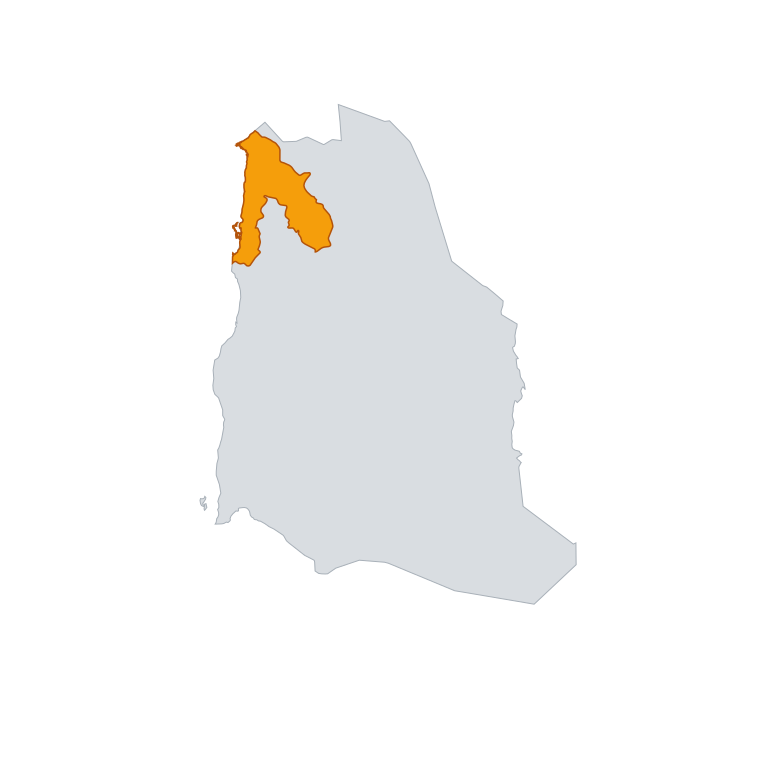 where Tabuk sits in Saudi Arabia, rotated 37°
{"feature_id": "SAU-848", "entity_name": "Tabuk", "entity_type": "Region", "adm_level": 1, "iso_a3": "SAU", "parent_name": "Saudi Arabia", "parent_adm1": "", "projection": "orthographic", "projection_center": [36.673, 26.762], "detail": "fine", "context": "in_parent", "style": "filled", "palette": "amber", "viewbox_px": 768, "rotation_deg": 37, "n_neighbors": 0, "source": "natural_earth", "source_scale": "10m", "svg_char_len": 9746}
<svg xmlns="http://www.w3.org/2000/svg" viewBox="0 0 768 768"><g transform="rotate(37 384 384)"><path d="M564.8,506.6L495.4,524.5L491.7,526.0L470.3,539.6L456.3,560.1L453.2,569.5L451.5,571.0L448.5,573.1L445.8,574.6L441.5,574.8L436.0,568.2L434.6,566.9L433.4,566.9L423.9,568.6L403.8,568.2L400.4,567.9L395.9,565.9L394.7,565.5L393.6,565.5L383.2,566.1L378.0,567.1L373.0,567.2L367.9,567.9L366.1,568.9L364.1,569.0L362.9,569.8L361.8,570.2L360.4,569.6L358.8,569.9L356.4,569.4L354.8,568.0L353.3,566.7L351.8,566.1L350.1,565.7L348.6,565.8L346.8,566.7L345.7,567.6L342.9,570.3L342.8,571.3L344.1,572.8L343.8,573.5L342.1,574.6L341.7,577.1L341.4,578.4L341.3,581.7L342.1,584.2L343.2,585.1L343.3,586.2L342.8,588.5L341.2,589.2L340.2,591.4L339.5,592.4L338.3,593.6L333.5,597.5L333.2,595.4L331.5,592.3L331.4,590.0L330.6,587.8L329.2,586.1L326.7,584.4L326.4,582.0L324.5,579.6L322.0,577.8L320.6,574.2L319.4,569.4L313.0,563.3L304.9,557.8L302.5,554.6L298.4,548.0L296.3,542.8L290.9,536.8L290.6,534.5L289.7,531.6L288.4,528.5L287.6,526.0L282.1,515.0L280.4,513.3L278.9,510.9L278.5,509.0L278.0,508.0L274.2,506.3L270.7,501.7L260.2,494.6L255.1,494.0L251.1,491.4L248.1,488.0L244.8,482.1L239.2,475.8L234.4,466.7L235.8,463.3L235.7,460.9L234.2,457.0L232.6,454.0L231.5,451.1L232.3,446.9L232.5,442.3L233.4,439.8L234.0,437.1L233.1,431.6L231.5,428.8L231.6,426.8L229.9,425.9L228.4,423.8L229.9,423.8L227.2,420.9L226.2,419.3L225.1,415.3L223.8,412.3L219.6,405.4L217.6,401.2L213.1,395.8L208.3,391.9L205.2,390.1L203.8,388.4L201.3,388.4L198.6,386.0L196.7,386.0L194.3,385.6L191.5,381.0L189.2,376.7L185.2,371.2L186.2,369.7L187.3,367.3L186.7,364.2L186.1,362.1L184.4,358.3L178.7,348.7L177.2,347.3L174.8,345.7L173.3,341.5L172.6,337.8L168.8,336.0L162.2,322.5L158.4,317.8L156.9,314.6L152.5,309.4L150.4,304.2L146.0,299.4L142.2,291.1L136.4,282.8L134.0,281.3L127.9,280.7L125.4,280.0L123.0,281.8L122.8,279.5L124.5,276.4L126.9,269.7L127.5,263.9L131.4,246.6L156.8,251.3L158.1,251.0L167.9,243.0L173.3,233.8L174.5,232.8L191.5,229.2L192.0,228.8L195.3,220.5L195.7,220.0L196.2,219.5L203.5,215.3L191.5,201.5L179.3,188.3L225.8,174.1L226.6,173.8L230.0,170.5L250.6,173.6L258.6,174.9L261.1,176.0L299.3,196.9L318.5,212.0L363.9,245.0L364.6,245.2L403.6,246.0L407.7,244.8L418.5,245.3L429.2,246.0L431.7,249.9L432.7,252.8L433.7,255.5L436.0,257.9L444.9,257.0L454.2,256.0L455.8,258.5L456.6,261.0L459.6,266.8L463.6,271.2L464.6,272.9L465.4,275.4L464.9,276.4L464.8,277.6L467.6,279.9L472.1,281.7L473.9,282.1L475.9,282.9L474.5,284.5L477.4,287.7L480.7,291.0L483.9,291.4L488.8,296.3L495.5,299.1L499.9,303.2L499.6,303.4L498.4,303.0L496.9,302.6L496.5,303.2L496.8,305.1L497.4,307.3L499.6,309.0L501.5,310.2L502.5,312.7L501.6,318.6L501.2,318.6L500.2,318.2L499.1,318.2L498.6,318.6L500.2,322.5L501.7,325.6L503.4,327.9L505.0,331.4L506.2,332.8L510.7,336.2L512.4,339.3L514.2,345.2L517.1,348.2L518.8,350.6L520.9,352.6L522.5,355.4L524.5,357.5L525.4,358.0L526.8,358.1L528.6,357.9L530.5,357.1L532.6,356.3L534.5,357.2L536.2,356.8L536.5,357.9L535.5,359.5L534.4,363.4L536.5,363.8L538.6,363.8L540.0,364.2L540.8,364.1L540.9,364.9L541.4,368.4L542.0,369.7L568.7,398.0L631.3,397.9L631.6,397.8L632.9,395.4L646.2,412.7L636.4,469.5L564.8,506.6ZM312.0,589.2L314.0,589.3L313.2,588.4L313.0,588.0L313.8,586.7L316.8,589.2L316.8,592.2L316.6,592.9L315.8,592.3L315.2,591.7L315.1,591.0L314.2,590.3L311.4,590.9L309.7,590.1L307.1,587.7L306.4,585.9L307.4,585.5L308.5,584.5L309.1,583.1L308.5,581.6L310.0,581.8L310.8,583.3L311.1,586.8L311.3,587.5L310.9,588.3L312.0,589.2ZM178.2,355.7L177.6,355.8L175.8,353.9L174.8,352.5L173.8,351.6L169.0,349.8L168.4,348.6L169.1,347.4L169.6,348.6L170.5,349.3L174.4,350.9L178.8,354.6L179.6,354.9L178.2,355.7ZM170.7,346.7L170.4,347.1L169.4,346.1L169.4,344.0L170.3,342.8L170.3,344.4L170.7,346.1L170.7,346.7Z" fill="#d9dde1" stroke="#a8b0b8" stroke-width="1"/><path d="M190.3,378.8L186.4,373.4L186.5,372.2L186.4,371.7L186.2,371.6L185.9,372.0L185.6,372.0L185.2,371.7L184.4,370.3L186.2,370.4L186.8,370.2L187.1,369.8L187.1,368.4L187.7,367.2L187.6,366.6L186.9,364.8L187.1,363.2L187.1,362.5L186.7,361.4L185.9,360.4L185.2,359.7L184.9,359.2L184.2,358.6L183.3,357.4L183.0,356.8L182.8,355.7L182.2,354.7L182.6,354.4L182.2,353.8L181.1,352.7L180.5,351.2L179.9,350.6L179.9,350.1L179.1,348.5L177.7,347.8L176.1,345.5L175.6,345.4L175.6,345.7L175.8,346.3L175.5,346.5L173.9,345.6L173.3,344.9L173.1,344.4L173.1,343.7L172.6,343.5L172.3,342.8L172.3,342.2L172.5,341.5L173.4,340.4L173.5,339.6L173.1,338.2L172.6,337.6L171.8,337.2L170.1,336.9L169.2,336.6L168.6,335.8L167.1,332.1L165.4,329.7L163.6,325.2L161.7,321.7L160.5,320.2L158.5,318.1L158.1,316.9L157.4,315.6L156.9,313.9L156.5,314.0L155.5,312.8L154.0,311.4L152.0,308.8L151.3,307.4L151.2,306.9L151.6,306.1L150.9,304.9L148.9,302.4L147.4,301.3L146.2,299.5L145.5,298.8L144.3,296.3L144.1,294.3L142.6,292.3L142.0,290.6L141.5,289.9L140.8,289.6L140.5,289.3L140.2,288.4L140.1,287.6L139.8,287.2L138.6,285.8L138.0,284.8L136.5,283.7L136.5,283.9L136.3,283.9L136.0,283.5L137.3,282.7L137.6,282.9L137.3,282.3L136.3,282.0L136.0,282.2L135.6,281.7L134.8,281.6L133.4,280.4L133.1,280.6L132.6,280.6L132.8,281.0L132.1,280.6L130.6,281.2L130.3,281.5L130.2,281.5L130.2,281.3L128.7,281.3L128.4,281.7L128.2,281.5L128.2,281.3L128.4,281.3L128.3,280.9L128.9,280.6L128.2,280.5L127.9,280.6L128.1,280.9L127.6,281.2L127.4,281.7L127.1,281.5L127.7,280.9L127.7,280.6L127.1,280.6L126.9,281.1L126.5,281.1L126.6,280.7L126.2,280.9L126.0,280.6L125.7,280.7L125.1,279.8L124.7,280.1L124.4,279.9L124.2,280.5L123.6,280.9L123.6,281.0L124.1,281.4L124.1,281.6L123.7,281.8L123.5,281.6L123.2,282.7L122.7,282.7L122.9,282.5L122.6,282.0L122.6,280.9L122.4,280.7L121.8,281.0L121.9,280.7L122.1,279.9L123.1,279.2L122.9,279.0L123.1,278.7L123.4,278.6L123.3,278.8L123.7,279.0L123.9,278.9L123.9,278.6L123.7,278.1L124.1,277.9L124.0,277.4L124.3,276.2L124.6,276.4L124.6,276.0L124.4,276.1L124.8,275.5L125.3,274.6L125.7,273.6L126.0,272.4L126.5,271.7L126.8,270.4L127.5,269.2L127.3,266.7L127.0,265.4L127.5,263.7L128.2,262.1L128.4,261.3L128.5,260.9L128.4,260.5L128.6,259.4L132.3,259.3L134.3,259.8L137.7,260.2L138.7,259.8L139.5,259.1L140.4,258.6L141.4,258.3L146.3,257.4L149.5,257.3L151.4,256.9L153.0,256.9L157.6,258.1L159.3,259.1L160.1,259.8L166.2,268.0L166.6,268.2L167.6,268.6L168.1,268.6L168.5,268.6L171.2,267.6L176.9,266.3L178.8,266.3L180.2,266.5L183.9,267.7L185.9,268.1L190.0,268.3L190.7,268.2L191.3,267.9L191.7,267.4L192.9,264.3L193.6,263.2L195.6,261.7L197.1,260.3L197.6,260.1L198.2,260.2L198.6,260.6L198.9,261.1L199.0,261.7L198.8,266.1L198.9,268.6L199.4,271.3L200.4,273.4L200.8,273.9L202.4,275.2L203.6,275.8L206.2,276.7L207.7,277.0L212.6,277.5L213.4,277.4L215.6,276.6L217.5,277.4L219.1,277.4L219.8,279.0L220.7,279.8L221.3,279.8L222.5,279.5L225.0,278.2L226.5,277.8L227.1,277.8L227.9,278.1L228.8,278.9L229.3,279.4L230.3,279.9L238.1,281.6L240.3,282.6L241.5,283.8L243.7,285.0L246.6,287.3L248.1,288.7L248.7,289.8L251.6,300.5L251.9,301.0L252.7,301.9L253.6,302.5L256.6,304.0L257.7,305.1L257.9,305.7L257.8,306.2L257.2,307.4L253.9,310.6L252.8,312.1L252.1,313.6L250.8,318.1L250.0,319.6L249.6,319.9L248.7,318.7L248.3,318.3L247.7,318.0L247.2,317.9L237.0,319.7L234.6,319.8L233.4,319.7L232.4,319.4L229.4,317.1L225.4,315.6L224.9,315.1L224.2,313.5L223.6,313.0L223.1,313.0L222.8,313.3L223.0,314.8L222.9,315.3L222.3,315.6L221.1,315.3L219.3,314.5L217.9,314.2L217.0,314.5L214.2,316.7L213.5,316.9L213.0,316.8L212.7,316.4L212.8,314.7L212.6,314.2L212.2,313.8L210.7,312.8L210.3,312.4L210.1,311.9L210.0,310.7L209.8,310.3L208.8,309.8L205.8,309.7L204.8,309.5L204.1,309.1L203.5,308.6L201.7,305.6L200.2,301.5L199.9,301.1L199.2,300.6L198.8,300.5L198.4,300.5L193.8,303.0L192.7,303.3L191.2,303.1L190.4,302.8L188.4,301.5L187.3,301.1L185.9,300.9L179.1,304.1L176.3,304.8L175.7,305.1L175.3,305.5L175.2,306.0L175.3,306.4L175.7,306.7L178.5,306.4L179.4,306.9L179.8,307.3L180.2,308.1L180.6,310.5L180.6,312.0L180.1,315.7L180.1,316.9L180.4,318.1L181.0,319.3L181.9,320.3L182.5,320.7L185.9,321.8L186.4,322.1L186.8,322.5L187.1,323.2L187.0,324.4L185.3,327.4L184.9,328.5L184.7,329.6L184.9,330.7L186.4,333.6L187.3,336.7L187.7,336.6L188.6,335.8L189.1,335.6L189.7,335.7L194.5,338.5L194.7,338.8L195.1,340.3L195.6,341.4L196.1,341.9L199.3,344.6L200.1,345.7L201.3,348.5L202.4,352.4L203.0,352.6L205.1,352.8L205.8,353.3L206.0,353.8L206.0,354.3L205.2,360.6L205.6,369.6L205.3,370.5L204.8,371.2L203.6,372.0L203.0,372.1L200.7,371.8L199.6,371.9L199.0,372.3L197.2,374.3L196.0,374.9L194.5,375.2L192.5,375.2L191.5,375.6L190.8,376.5L190.3,378.8ZM179.2,354.8L179.6,354.8L179.1,355.3L178.6,356.1L178.2,356.4L177.7,356.0L175.7,354.0L175.6,353.5L175.1,352.8L175.1,352.6L175.6,352.9L176.3,353.6L178.6,354.6L178.2,354.8L178.1,355.1L178.3,355.4L178.6,355.4L179.2,354.8ZM172.8,350.6L172.6,351.0L172.4,351.2L170.0,349.8L169.4,349.7L169.3,350.1L168.2,349.1L168.1,348.6L168.3,348.1L169.4,347.0L169.3,347.5L168.9,348.1L169.1,348.6L170.0,349.1L171.0,350.0L171.5,350.0L171.7,350.5L172.2,350.6L172.2,350.3L172.8,350.6ZM169.4,346.2L169.4,344.3L169.7,343.3L170.5,342.7L169.9,343.4L169.7,344.4L169.9,344.9L170.4,345.4L170.7,345.5L170.4,346.4L170.5,346.7L170.7,346.8L171.0,346.8L170.7,347.2L170.3,347.1L169.6,346.5L169.4,346.2ZM175.7,352.9L175.0,352.4L174.9,351.9L174.3,351.7L174.1,351.3L173.7,351.0L173.3,351.0L172.8,351.3L172.8,351.1L173.0,350.7L173.4,350.6L173.9,350.8L175.1,351.6L175.4,352.1L176.7,352.8L177.6,353.5L177.8,353.8L177.7,354.1L176.6,353.5L176.3,353.0L175.7,352.9ZM181.3,354.7L181.7,355.1L181.4,355.0L181.5,355.3L180.8,355.0L180.7,354.5L180.1,354.5L179.8,353.9L179.3,354.1L179.5,353.4L179.7,353.1L180.4,353.2L180.7,353.4L180.9,353.9L181.1,353.9L181.1,353.7L181.2,353.8L181.3,354.7ZM178.2,351.2L178.1,349.9L178.5,349.6L178.9,350.0L178.8,350.4L178.5,350.4L178.9,351.8L178.8,352.0L178.2,351.2ZM176.9,351.6L176.4,351.3L176.4,350.9L176.7,350.6L177.1,350.7L177.4,351.0L177.4,351.3L176.9,351.6Z" fill="#f59e0b" stroke="#b45309" stroke-width="1.5"/></g></svg>